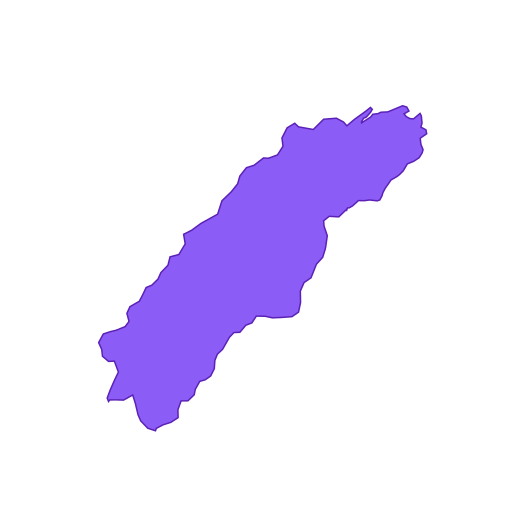 the district of Agios Amvrosios Lemesou, Limassol, Cyprus, rotated 208°
{"feature_id": "46923920B87326554948109", "entity_name": "Agios Amvrosios Lemesou", "entity_type": "district", "adm_level": 2, "iso_a3": "CYP", "parent_name": "Cyprus", "parent_adm1": "Limassol", "projection": "natural_earth1", "projection_center": [32.814, 34.754], "detail": "fine", "context": "isolated", "style": "filled", "palette": "violet", "viewbox_px": 512, "rotation_deg": 208, "n_neighbors": 0, "source": "geoboundaries", "source_scale": "gbopen_adm2", "svg_char_len": 1983}
<svg xmlns="http://www.w3.org/2000/svg" viewBox="0 0 512 512"><g transform="rotate(208 256 256)"><path d="M197.5,339.4L197.8,341.4L196.3,342.3L194.2,345.7L191.6,353.0L186.3,355.7L182.0,358.8L174.9,361.6L173.0,363.6L173.0,368.2L173.7,371.6L173.7,376.5L173.0,381.8L172.5,386.5L168.8,392.4L167.5,395.3L166.0,400.2L165.6,408.4L161.3,413.5L158.1,419.3L157.7,425.0L158.4,428.3L162.8,432.0L166.3,437.1L162.7,444.1L165.2,447.2L170.9,447.2L171.8,451.3L175.8,457.3L178.1,458.9L181.3,451.0L184.5,449.6L188.6,449.6L192.0,451.0L189.0,455.8L192.8,458.3L197.1,457.5L207.3,445.1L213.2,441.6L215.1,439.0L219.4,436.0L220.0,432.5L225.3,423.1L225.8,423.7L225.7,428.1L223.9,430.3L222.3,436.7L222.2,440.1L224.7,440.9L226.9,435.7L233.2,422.9L236.9,413.6L241.6,415.4L249.7,415.4L260.5,408.5L264.8,394.6L279.1,390.0L284.1,391.4L288.7,383.8L288.5,372.4L283.7,365.6L284.5,355.3L291.0,348.1L295.4,346.1L300.3,335.2L305.9,329.5L307.8,319.0L306.1,311.1L308.0,301.0L312.0,288.8L309.5,274.9L319.8,259.1L325.0,248.4L330.1,241.2L324.2,233.5L324.8,221.1L331.5,214.9L329.4,206.5L332.2,196.7L331.7,189.6L334.3,181.3L338.2,176.6L337.8,168.1L337.8,161.2L343.5,152.2L343.1,144.8L337.4,138.6L338.4,132.2L344.7,124.7L348.9,121.0L354.2,115.5L354.3,105.7L348.3,101.0L344.5,95.4L336.7,93.7L331.7,96.7L323.0,88.9L322.6,79.4L321.8,69.0L320.7,60.7L317.9,58.3L317.5,60.3L312.2,63.2L305.3,66.6L299.6,75.4L293.2,69.1L285.7,60.5L280.4,56.3L270.7,53.1L262.7,54.5L263.1,57.0L258.9,63.2L253.0,69.3L248.9,76.7L252.8,83.7L254.1,92.9L248.1,96.2L245.4,104.5L247.0,109.7L246.8,118.9L242.7,122.9L239.7,128.8L239.9,136.9L243.3,144.5L244.0,151.2L241.7,158.0L241.5,164.7L241.3,171.7L239.6,178.0L234.4,181.1L232.5,190.1L228.2,195.0L227.5,203.1L219.6,207.1L212.5,209.1L204.5,213.8L195.8,219.3L192.1,226.4L194.8,235.8L200.4,245.9L201.1,255.1L197.2,262.6L198.8,277.1L196.5,286.1L198.1,294.6L198.8,296.9L202.6,307.4L210.0,314.4L212.8,318.9L210.0,325.4L201.3,329.4L197.9,339.7L197.5,339.4Z" fill="#8b5cf6" stroke="#5b21b6" stroke-width="1.5"/></g></svg>